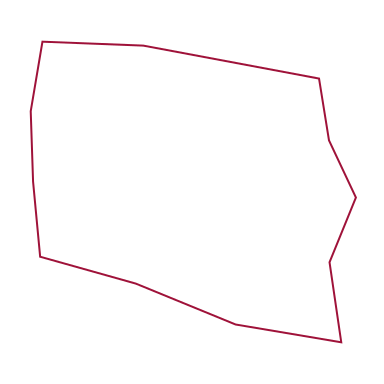 map outline of Dennery (Mercator projection), rotated 272°
{"feature_id": "LCA-5080", "entity_name": "Dennery", "entity_type": "Quarter", "adm_level": 1, "iso_a3": "LCA", "parent_name": "Saint Lucia", "parent_adm1": "", "projection": "mercator", "projection_center": [-60.918, 13.94], "detail": "fine", "context": "isolated", "style": "outline", "palette": "rose", "viewbox_px": 384, "rotation_deg": 272, "n_neighbors": 0, "source": "natural_earth", "source_scale": "10m", "svg_char_len": 314}
<svg xmlns="http://www.w3.org/2000/svg" viewBox="0 0 384 384"><g transform="rotate(272 192 192)"><path d="M337.0,37.3L336.6,138.2L309.8,315.0L248.4,327.1L192.2,356.0L126.6,331.9L47.0,346.4L61.1,240.2L98.5,139.0L122.0,42.5L196.9,32.8L267.1,28.0L337.0,37.3Z" fill="none" stroke="#9f1239" stroke-width="2"/></g></svg>